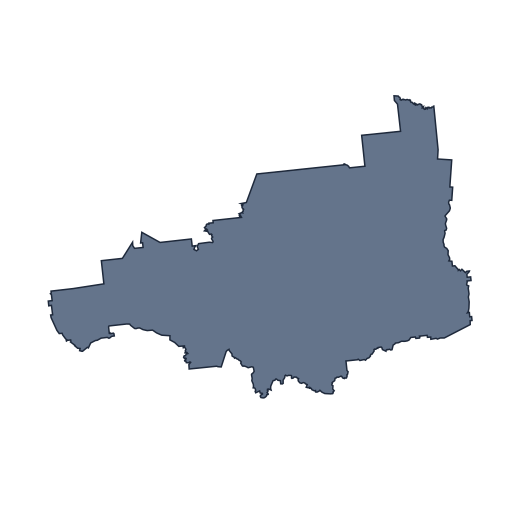 Strathbogie, Victoria, Australia, rotated 354°
{"feature_id": "25037944B88873459559234", "entity_name": "Strathbogie", "entity_type": "district", "adm_level": 2, "iso_a3": "AUS", "parent_name": "Australia", "parent_adm1": "Victoria", "projection": "orthographic", "projection_center": [145.366, -36.724], "detail": "fine", "context": "isolated", "style": "filled", "palette": "slate", "viewbox_px": 512, "rotation_deg": 354, "n_neighbors": 0, "source": "geoboundaries", "source_scale": "gbopen_adm2", "svg_char_len": 6133}
<svg xmlns="http://www.w3.org/2000/svg" viewBox="0 0 512 512"><g transform="rotate(354 256 256)"><path d="M429.8,120.4L428.3,120.9L427.1,119.3L426.2,119.4L425.7,118.1L425.9,117.3L425.3,116.7L424.8,117.1L422.6,116.1L421.2,116.5L418.8,115.5L418.6,115.9L417.8,115.6L416.8,116.2L415.7,115.6L415.2,115.8L416.0,114.9L415.9,114.3L415.6,113.3L414.9,113.0L414.2,111.8L410.0,111.1L409.9,115.8L412.6,119.8L412.8,147.1L373.7,147.0L373.7,178.1L358.2,178.1L357.5,176.5L356.1,175.1L353.6,174.2L353.7,173.7L352.9,173.8L352.9,174.5L265.4,174.5L252.0,201.8L246.4,202.3L247.0,202.6L248.2,202.2L249.1,202.6L247.0,204.1L247.3,204.7L247.7,204.3L248.0,204.6L247.2,205.4L247.2,206.6L248.4,208.0L248.0,208.1L248.0,210.0L246.9,210.9L247.2,211.7L246.3,211.4L244.2,212.0L244.4,212.4L243.7,212.4L244.0,212.8L243.6,213.9L243.9,215.0L244.9,214.4L245.6,216.1L216.9,216.2L216.9,218.5L212.6,218.4L212.7,219.2L212.2,219.4L210.8,219.0L209.9,219.7L209.5,221.0L207.7,222.4L208.6,223.6L209.7,224.0L210.4,225.0L209.5,225.3L208.3,224.7L207.3,225.6L210.5,226.5L212.0,229.6L213.9,229.5L214.4,230.1L213.9,231.2L214.9,232.6L213.7,233.6L213.6,234.3L214.8,236.8L214.8,237.4L214.2,238.1L211.0,237.4L200.2,237.7L198.5,240.4L199.4,243.3L197.4,244.6L195.0,243.0L195.8,241.1L197.1,239.4L193.6,239.5L193.5,232.3L162.0,232.5L144.9,220.5L142.6,231.0L144.6,231.0L144.6,235.7L136.0,235.7L134.5,232.8L134.7,229.4L122.9,244.4L101.7,244.5L101.8,267.8L70.7,269.3L48.5,269.5L48.5,271.3L47.6,272.0L48.5,273.0L48.6,279.1L44.7,279.1L44.7,283.9L47.4,283.7L47.6,293.2L45.6,293.2L45.8,295.9L50.2,309.1L52.2,312.6L55.1,312.6L55.5,314.3L58.1,318.7L59.1,319.5L58.4,320.5L58.7,320.8L59.2,320.2L62.9,320.1L63.0,322.0L62.6,322.2L66.6,325.9L66.3,326.3L69.0,329.1L71.4,329.6L70.7,331.7L73.0,332.6L73.6,332.6L78.7,329.2L79.7,329.9L82.5,325.2L87.4,323.3L89.4,323.2L93.4,321.5L99.5,321.4L101.1,322.4L102.0,322.2L104.1,320.8L106.7,320.7L106.6,318.4L106.1,317.8L103.3,318.0L102.5,317.8L102.9,317.3L102.7,317.0L102.0,317.2L102.0,311.0L102.5,310.2L120.2,310.1L123.3,310.5L124.0,311.8L127.7,315.4L129.1,315.7L130.9,315.3L132.8,315.4L135.9,317.4L140.0,318.8L145.4,318.9L149.1,322.1L154.0,324.9L162.1,326.3L161.6,330.4L166.1,333.5L169.8,337.8L174.6,337.9L174.0,338.6L174.1,339.4L175.1,338.2L175.5,338.3L175.2,339.4L176.1,340.2L176.6,341.6L175.8,342.6L176.1,343.9L175.4,344.3L175.3,344.9L177.3,344.8L178.0,345.9L176.4,346.2L175.5,347.6L174.1,347.8L173.4,349.2L174.1,350.4L175.4,350.2L175.8,350.6L175.8,351.0L174.1,352.6L174.3,353.1L175.3,353.2L175.5,354.8L177.7,355.1L179.2,354.4L179.9,354.9L177.9,357.0L177.7,361.4L205.4,361.5L206.5,362.1L209.8,362.7L216.3,348.0L217.4,346.9L219.4,346.0L219.5,347.2L221.8,350.8L221.8,353.0L224.0,354.7L224.0,355.3L224.9,355.0L226.3,356.4L227.4,356.8L228.4,358.1L229.4,358.5L230.2,359.8L229.6,361.0L230.9,363.8L231.6,364.3L232.5,364.1L234.8,365.1L236.5,366.3L240.2,365.7L241.7,366.4L242.1,370.6L240.4,372.4L239.4,372.9L239.1,373.6L239.4,377.3L238.8,379.6L239.9,383.1L239.9,385.3L239.4,386.8L240.8,387.1L241.2,387.6L241.7,389.4L241.0,390.5L241.4,392.0L245.5,390.6L245.8,392.7L248.0,393.3L248.0,394.0L245.9,395.0L245.6,396.0L246.1,397.3L248.3,397.9L249.6,397.8L251.1,396.9L252.0,396.0L252.3,395.0L253.6,394.9L253.6,394.0L252.7,393.0L253.9,391.5L253.9,390.9L253.3,390.7L253.5,389.7L254.6,389.6L257.0,390.9L256.7,389.1L257.1,386.9L260.0,381.7L261.8,381.6L262.6,380.5L263.5,380.5L264.8,381.9L267.2,382.5L267.2,385.7L268.8,386.0L269.7,385.5L270.0,382.3L271.8,380.0L272.3,378.1L272.9,377.6L274.3,378.5L276.0,378.1L278.5,378.5L278.9,379.1L278.5,381.0L278.9,381.5L280.4,381.2L281.2,380.3L283.7,380.8L284.2,381.7L285.5,382.3L284.9,383.5L285.0,384.7L286.3,386.7L288.0,387.4L289.7,386.8L291.3,387.4L291.8,388.3L293.5,389.2L292.2,391.8L294.1,392.5L295.6,392.1L296.1,392.6L295.7,393.2L297.2,393.5L297.6,394.8L299.8,396.1L301.1,396.0L301.0,397.3L301.3,397.6L302.6,397.7L304.6,397.0L305.5,396.2L307.3,398.3L310.1,400.0L315.8,400.9L317.9,400.9L318.5,400.1L318.3,399.4L319.7,398.2L318.4,396.3L319.0,393.1L318.1,392.4L318.0,391.5L318.6,390.6L318.5,389.8L321.2,388.2L321.9,385.8L323.2,385.6L323.9,384.9L325.3,385.2L327.9,384.4L328.6,384.6L329.4,386.3L331.0,387.1L331.4,386.5L332.8,386.9L333.3,386.6L334.1,384.8L333.9,383.8L334.7,383.2L335.5,380.7L334.5,379.4L334.5,369.8L346.1,369.8L346.8,369.3L348.4,370.8L352.8,370.3L354.0,371.1L355.9,369.4L357.6,369.1L359.3,367.6L359.3,366.8L360.3,365.7L361.2,365.7L363.5,362.9L363.6,361.3L364.1,361.0L365.4,361.3L366.5,360.4L367.5,360.6L367.7,359.8L370.9,359.6L371.5,360.1L372.0,362.3L375.3,364.3L375.6,363.2L376.6,362.7L376.9,363.0L379.1,362.7L380.2,363.6L381.5,363.4L383.1,358.9L384.9,358.0L385.5,357.2L388.8,357.1L391.7,356.0L395.2,356.4L397.7,356.2L399.4,355.6L401.4,353.2L406.0,353.2L406.4,354.7L410.1,354.7L410.5,353.7L410.2,352.8L417.9,352.8L418.0,354.8L421.3,354.9L421.2,357.1L426.5,356.7L427.8,357.6L430.7,356.8L434.7,357.2L461.9,346.6L462.2,342.7L464.1,342.7L464.1,338.8L462.2,338.8L462.3,334.5L460.3,334.6L461.4,333.3L462.3,330.1L463.2,323.9L462.9,319.0L463.9,316.0L463.7,310.2L464.4,308.0L462.6,306.9L462.5,306.2L463.3,303.9L463.3,302.9L467.3,302.9L467.3,299.2L463.8,299.2L463.8,296.2L466.4,293.9L466.7,293.2L464.0,293.2L462.5,294.4L459.4,290.7L457.8,292.1L456.6,290.6L455.7,291.3L455.7,290.7L452.8,286.5L450.3,286.5L450.3,281.7L447.3,281.0L448.3,279.6L448.3,278.0L447.1,274.7L447.7,270.8L446.5,268.4L444.4,266.8L444.0,265.0L444.2,264.2L443.6,261.8L443.8,259.2L445.0,257.1L446.4,253.2L446.2,250.8L446.3,250.4L447.8,250.1L448.5,248.4L447.8,244.9L447.8,243.3L449.5,239.8L449.2,239.3L449.5,238.8L448.2,236.3L448.3,235.7L453.1,231.3L454.1,229.1L454.2,228.3L453.8,225.3L453.2,224.3L453.2,222.5L454.2,220.7L456.5,221.1L458.8,208.1L456.0,207.6L460.7,180.9L446.7,178.5L448.2,169.4L448.5,125.5L448.1,125.6L448.0,126.4L446.5,126.2L445.6,127.1L444.4,126.6L443.9,126.9L443.9,126.4L442.9,126.5L442.7,126.0L442.1,126.2L441.7,127.3L441.2,126.5L440.4,127.3L440.0,126.6L439.7,127.7L439.1,127.8L438.2,127.0L438.2,126.2L436.9,126.1L438.0,124.8L436.9,124.9L436.5,122.9L435.7,122.7L435.6,122.2L434.3,121.8L432.4,122.6L431.7,121.8L430.7,122.7L430.0,122.2L430.9,122.1L430.9,121.7L430.1,121.5L430.3,121.0L429.8,120.4Z" fill="#64748b" stroke="#1e293b" stroke-width="1.5"/></g></svg>